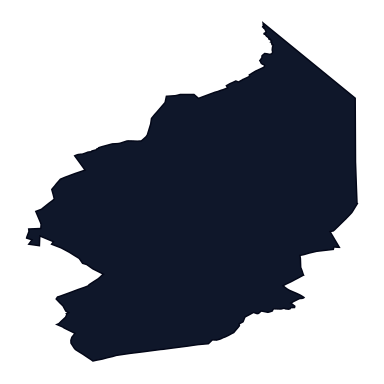 outline of Matīšu pag., Burtnieku, Latvia
{"feature_id": "27541924B27185019990533", "entity_name": "Matīšu pag.", "entity_type": "district", "adm_level": 2, "iso_a3": "LVA", "parent_name": "Latvia", "parent_adm1": "Burtnieku", "projection": "equal_earth", "projection_center": [25.147, 57.72], "detail": "fine", "context": "isolated", "style": "filled", "palette": "ink", "viewbox_px": 384, "rotation_deg": 0, "n_neighbors": 0, "source": "geoboundaries", "source_scale": "gbopen_adm2", "svg_char_len": 5489}
<svg xmlns="http://www.w3.org/2000/svg" viewBox="0 0 384 384"><path d="M104.5,146.0L103.8,146.2L102.6,146.5L100.6,147.1L99.7,147.4L98.8,147.7L98.8,148.2L97.9,148.5L96.9,148.9L96.4,149.5L95.9,149.9L95.6,150.1L94.8,150.2L91.9,151.0L91.0,151.8L89.7,151.9L88.0,152.1L84.9,153.3L83.1,153.9L82.2,154.2L80.8,154.2L79.4,154.4L78.6,154.5L78.4,154.5L78.2,154.5L77.9,154.6L76.9,154.9L75.4,155.5L75.1,155.6L74.7,155.8L79.9,162.9L85.1,170.1L78.1,172.5L75.1,173.5L65.2,177.2L60.4,179.2L56.4,183.8L54.4,186.4L53.9,186.9L51.8,189.4L51.8,189.5L53.3,194.9L54.3,199.0L52.5,200.6L49.0,203.2L42.1,208.7L41.8,209.1L41.1,209.4L35.8,211.4L40.9,223.4L40.8,223.5L41.1,224.2L41.1,224.6L40.8,228.5L28.7,229.0L29.0,231.4L26.7,237.4L26.6,238.1L32.1,239.8L28.8,244.2L36.0,245.2L39.4,245.7L39.7,237.7L40.0,236.0L53.5,241.7L51.6,244.2L61.2,247.9L69.4,252.3L74.3,255.4L79.2,258.4L82.6,263.3L87.0,264.6L87.2,264.9L92.9,268.9L103.5,274.2L102.0,275.3L99.5,277.7L97.9,279.0L94.1,281.4L90.3,283.9L89.1,284.7L88.4,285.6L87.9,286.0L84.6,287.3L77.9,289.6L71.6,292.0L65.6,294.2L59.8,296.3L57.5,297.0L56.2,299.0L60.0,303.0L63.0,305.9L63.7,307.2L64.9,309.4L65.8,311.1L67.2,311.8L68.8,312.5L68.7,312.6L66.4,313.7L66.9,314.2L65.6,317.2L61.5,321.0L58.9,323.6L56.9,324.5L62.6,326.9L64.2,328.0L75.0,333.3L72.9,336.0L71.9,337.2L70.9,340.2L71.0,343.1L74.2,348.1L74.6,348.5L75.2,349.3L75.7,349.7L77.9,351.1L80.3,352.6L82.9,354.2L87.5,357.3L91.3,359.8L92.9,361.0L96.9,360.1L102.2,359.1L107.3,357.7L112.6,356.5L116.2,355.4L129.9,353.4L143.0,351.8L160.5,349.5L163.1,349.3L172.0,348.1L188.4,346.0L192.3,345.4L198.0,344.6L208.4,343.7L212.2,340.0L212.3,339.9L215.7,340.0L216.4,340.1L216.7,340.0L216.8,340.0L219.0,339.4L220.6,338.9L223.2,337.6L225.0,337.0L228.4,335.4L232.0,333.4L233.7,332.6L236.1,329.7L237.6,328.0L238.0,327.5L239.4,325.7L239.0,324.0L240.6,323.1L241.0,322.9L243.0,321.8L243.1,321.6L244.9,317.1L245.1,317.0L245.9,316.5L248.4,315.2L253.5,312.4L256.7,313.5L257.0,313.6L257.9,313.6L259.0,313.0L260.9,311.2L261.3,311.1L262.4,311.2L267.8,312.3L268.4,312.2L269.6,311.9L271.7,311.2L272.4,310.9L272.8,309.7L273.0,309.4L273.4,309.1L274.0,308.8L274.5,308.8L280.7,309.0L281.1,309.0L283.3,308.4L283.7,308.3L285.2,308.6L285.7,308.9L287.1,309.0L288.5,309.2L290.0,308.8L290.7,307.7L294.0,307.5L294.5,307.5L294.7,306.8L294.8,306.2L294.2,305.7L290.6,303.0L290.7,302.9L291.2,302.8L292.0,302.5L293.7,301.4L294.6,301.0L296.6,300.0L298.2,299.2L298.8,298.9L299.6,298.6L300.2,298.5L302.0,298.4L303.6,297.9L304.0,297.5L303.7,297.3L302.7,296.6L302.2,296.3L301.7,296.0L300.6,295.3L299.0,294.5L297.7,293.9L296.6,293.4L291.9,291.4L290.6,290.8L290.0,290.6L288.9,290.0L288.0,289.5L287.5,289.2L287.0,288.9L286.1,288.2L285.5,287.8L285.1,287.5L283.0,285.8L285.6,284.3L290.9,281.8L293.0,280.7L294.8,279.7L298.3,277.9L303.4,275.1L303.5,275.1L302.8,273.3L302.4,271.9L301.8,270.2L300.7,267.4L300.4,258.6L299.9,255.4L303.9,254.6L309.4,253.0L316.6,251.3L333.1,249.4L333.3,249.4L333.7,247.7L333.8,247.3L334.2,247.1L334.6,246.9L335.7,247.1L337.0,247.2L338.8,247.3L339.2,247.3L339.3,247.3L333.2,237.0L330.9,233.1L330.0,231.6L333.3,230.9L334.8,229.6L336.5,227.9L337.6,226.9L339.4,225.1L343.7,220.9L344.7,219.9L345.8,218.9L346.2,218.4L347.9,216.7L351.5,212.9L352.1,212.1L353.1,210.5L355.3,206.9L357.4,203.5L357.0,203.2L356.3,184.7L355.6,164.6L355.5,162.0L355.4,140.7L355.3,119.3L355.2,98.2L263.1,23.0L263.2,23.5L263.3,23.8L263.3,24.3L263.2,24.4L263.2,24.5L263.4,24.6L263.8,24.7L263.9,24.8L263.7,24.9L263.7,25.0L263.9,25.1L264.1,25.4L264.0,25.6L263.8,25.8L263.1,26.0L263.0,26.3L262.7,26.5L262.6,26.9L263.3,27.3L263.7,27.3L264.1,27.3L264.3,27.4L264.4,27.6L264.2,27.8L263.8,27.8L263.7,28.1L263.8,28.2L264.1,28.4L264.6,28.7L264.7,28.8L264.8,29.1L265.1,29.4L265.4,29.7L265.5,29.9L265.4,30.2L265.5,30.6L265.8,31.2L265.9,31.4L266.1,31.9L266.3,32.2L266.2,32.4L265.8,32.6L264.6,33.1L264.1,33.4L264.0,33.7L264.1,34.1L264.5,34.3L264.8,34.2L264.8,33.9L265.1,33.8L265.2,34.0L265.5,34.7L265.9,35.3L266.3,35.7L266.4,36.1L267.1,36.6L267.7,36.9L267.9,37.2L268.0,37.4L268.6,37.4L268.8,37.8L268.8,38.0L268.8,38.4L269.4,38.6L269.7,38.8L269.1,39.1L269.1,39.3L269.3,39.4L269.8,39.5L270.3,39.4L270.6,39.6L270.7,39.9L270.9,40.2L270.9,40.4L271.2,40.6L271.5,40.7L271.5,41.0L271.0,41.8L270.8,42.0L271.2,42.1L271.4,42.1L271.6,42.1L271.7,42.3L271.6,42.6L271.6,42.9L271.6,43.2L271.8,43.6L271.8,43.8L271.8,44.0L271.9,44.3L272.2,44.5L272.2,44.8L272.7,44.9L272.9,45.0L273.0,45.0L273.3,45.1L273.2,45.4L273.0,45.8L272.8,46.3L272.7,46.6L272.5,47.0L272.2,50.0L272.7,52.2L271.8,53.8L269.7,54.4L266.9,53.8L264.7,53.5L263.3,54.6L262.0,55.8L261.9,58.1L261.4,58.4L261.3,58.8L261.1,58.9L260.9,59.1L260.8,59.3L260.8,59.6L260.1,60.2L259.8,60.5L260.3,61.4L260.5,61.5L260.8,61.9L260.8,62.0L260.8,62.4L260.9,62.7L261.0,62.9L261.3,63.2L261.6,63.5L262.0,63.8L262.3,64.1L262.5,64.2L263.0,64.3L263.3,64.5L263.6,64.5L263.8,64.6L264.0,64.8L264.3,64.9L264.4,65.0L264.6,65.4L264.6,65.7L264.0,67.2L255.6,71.1L249.3,74.9L249.6,76.4L243.4,79.3L242.8,79.5L242.3,79.9L240.8,80.7L238.6,82.0L238.2,81.9L235.8,81.0L232.7,82.5L230.1,83.6L226.4,85.7L227.7,87.9L222.7,89.8L221.5,90.1L217.8,91.5L215.1,92.2L201.1,97.4L198.5,98.4L194.0,94.5L180.2,94.5L177.2,95.3L175.3,95.7L166.4,96.3L165.1,102.5L156.7,112.3L154.7,114.5L151.5,118.4L150.7,124.0L149.1,129.2L147.3,135.0L146.1,136.7L145.8,137.0L142.2,140.2L141.5,140.8L141.1,140.9L141.0,141.0L140.3,141.0L137.5,141.2L137.1,141.2L133.0,141.0L128.3,140.9L126.9,141.0L120.2,143.2L119.2,143.4L117.8,143.6L112.4,143.9L111.5,144.1L104.5,146.0Z" fill="#0f172a" stroke="#020617" stroke-width="1.5"/></svg>